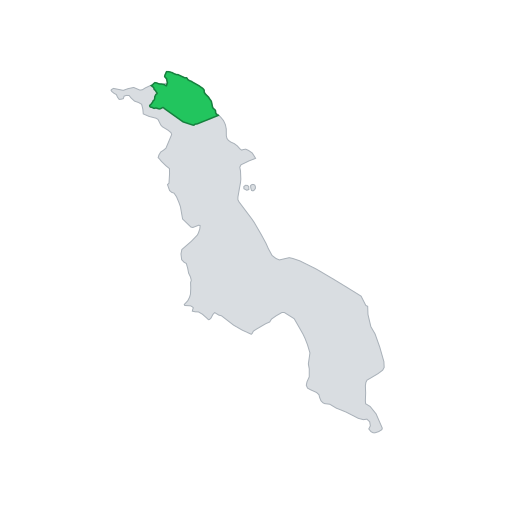 where Karonga sits in Malawi, rotated 338°
{"feature_id": "MWI-1194", "entity_name": "Karonga", "entity_type": "District", "adm_level": 1, "iso_a3": "MWI", "parent_name": "Malawi", "parent_adm1": "", "projection": "albers", "projection_center": [33.981, -10.031], "detail": "fine", "context": "in_parent", "style": "filled", "palette": "green", "viewbox_px": 512, "rotation_deg": 338, "n_neighbors": 0, "source": "natural_earth", "source_scale": "10m", "svg_char_len": 4682}
<svg xmlns="http://www.w3.org/2000/svg" viewBox="0 0 512 512"><g transform="rotate(338 256 256)"><path d="M199.4,296.9L196.5,293.0L194.2,294.0L191.0,296.7L189.2,297.4L188.3,297.4L187.8,296.7L187.0,294.9L184.5,289.9L181.7,286.3L178.8,285.0L176.3,283.3L177.4,281.7L178.5,280.6L178.0,279.4L176.7,277.7L171.4,275.2L171.3,274.1L176.0,271.9L178.9,269.4L180.9,266.9L183.4,261.5L185.4,256.1L186.9,254.3L187.4,250.8L187.1,246.7L188.1,241.6L188.6,236.8L187.0,234.9L185.7,231.6L187.2,226.0L189.7,222.2L201.4,218.2L209.5,214.6L211.3,213.0L214.0,209.9L215.6,206.9L214.5,206.0L208.1,205.9L206.5,204.8L201.8,194.2L204.4,182.0L204.6,177.3L204.5,171.4L203.6,167.1L201.6,165.3L200.4,162.9L200.7,156.6L202.6,155.9L206.6,147.5L208.5,142.5L206.3,138.6L203.8,133.0L202.7,129.4L202.1,128.2L203.8,126.0L206.6,123.9L209.7,123.3L212.9,122.3L223.3,111.8L223.4,109.8L221.5,106.3L217.6,101.1L216.8,98.9L216.3,92.6L214.8,90.7L209.1,86.5L204.7,82.0L206.1,77.4L206.8,72.5L204.6,69.7L201.4,66.9L199.4,62.8L198.5,59.7L195.9,58.5L193.6,58.4L191.9,60.4L190.1,60.2L187.8,59.6L187.1,56.9L187.0,54.0L185.4,52.1L183.9,49.4L183.7,47.9L184.7,47.5L186.6,47.2L195.0,52.7L200.0,52.9L205.7,53.9L210.5,58.7L213.0,59.3L216.2,58.7L225.3,58.2L228.9,58.8L233.6,61.7L235.5,62.0L238.4,62.1L238.9,61.4L239.2,59.7L238.7,56.4L239.4,54.6L241.1,52.6L246.1,54.9L258.5,65.4L258.9,66.7L266.7,77.1L269.3,81.5L269.3,83.9L271.7,93.0L272.2,97.2L271.7,100.4L271.8,103.0L272.7,106.8L272.4,108.3L275.2,113.8L276.6,118.3L276.8,122.8L276.0,127.1L273.5,133.5L273.1,136.0L273.7,138.4L275.3,140.9L277.9,143.6L279.9,146.9L281.3,150.8L282.4,152.5L283.9,152.5L286.5,153.1L288.6,155.3L291.1,159.1L291.9,163.5L292.2,165.3L285.2,165.2L276.3,165.8L274.2,167.6L273.5,171.3L270.7,179.1L269.2,182.0L265.9,187.2L261.3,194.6L260.3,197.0L260.5,199.4L263.2,209.5L266.0,220.0L266.9,224.1L268.9,238.1L270.0,248.0L270.2,253.8L271.1,261.6L273.6,265.8L276.2,268.4L286.2,270.0L289.1,272.0L294.8,276.9L307.0,290.7L313.7,299.4L319.6,307.1L330.2,321.4L338.4,332.6L339.3,343.0L340.7,344.5L337.9,352.2L336.0,364.6L337.2,372.9L336.6,386.9L335.0,401.9L333.1,407.3L330.7,409.3L325.0,410.8L312.4,412.7L310.5,414.4L308.8,417.3L306.3,424.2L303.2,431.1L302.3,434.1L302.9,434.8L305.5,438.4L308.2,447.4L308.6,462.9L307.7,464.1L304.0,464.8L300.0,464.5L298.3,463.7L296.8,461.9L295.8,458.6L298.4,456.3L299.3,452.3L297.7,448.8L294.3,448.0L290.0,444.8L281.0,434.4L273.4,427.1L268.9,421.1L264.4,418.6L263.1,417.2L262.0,414.6L262.0,410.9L262.4,408.2L261.0,405.2L256.4,400.4L254.3,397.8L254.2,394.7L256.2,391.7L260.1,388.0L263.1,380.6L264.1,375.7L269.7,366.1L270.5,357.6L270.6,350.9L270.3,345.9L268.9,335.5L267.9,328.4L261.1,319.0L258.8,318.1L252.3,319.0L246.7,320.3L244.0,322.3L239.8,322.4L228.8,324.0L225.4,324.7L223.4,326.4L222.3,326.8L215.4,319.5L209.3,311.7L201.6,298.5L199.4,296.9ZM279.4,194.1L277.6,194.5L276.4,193.5L276.7,190.7L277.4,188.6L279.2,188.2L280.5,188.8L281.4,189.8L281.4,191.3L280.9,192.9L279.4,194.1ZM275.3,188.8L274.3,191.7L272.1,191.6L270.0,189.1L270.7,187.1L272.7,186.5L274.4,187.3L275.3,188.8Z" fill="#d9dde1" stroke="#a8b0b8" stroke-width="1"/><path d="M242.1,51.6L243.9,52.3L245.6,53.4L246.1,54.0L246.9,54.5L248.7,56.7L249.1,56.9L250.0,57.9L251.6,58.6L256.7,64.1L258.3,64.7L258.7,65.4L258.8,66.4L259.1,67.4L259.4,67.8L260.6,69.1L260.8,69.2L261.8,70.1L261.8,70.4L267.1,77.0L267.7,78.1L269.3,80.4L270.0,82.2L270.0,82.8L269.9,83.4L269.4,84.5L269.3,85.0L269.7,86.9L271.5,90.9L272.0,93.7L272.4,94.9L272.5,95.6L272.5,96.2L271.4,102.1L271.7,103.2L272.7,105.0L272.9,106.0L272.8,106.5L272.3,107.7L272.2,108.4L272.2,108.7L272.3,109.1L272.5,109.9L272.9,110.6L273.3,111.2L273.8,111.4L274.2,111.4L274.4,111.4L274.2,111.5L251.2,111.5L250.5,111.4L249.3,111.0L248.8,111.0L248.3,111.1L247.7,111.4L247.3,111.4L246.2,110.7L238.6,104.3L226.5,85.3L225.9,84.1L225.5,83.5L225.1,83.4L223.2,83.6L222.0,83.6L221.5,83.4L220.8,83.0L219.0,81.5L218.5,81.2L218.3,81.2L217.6,81.1L217.0,81.0L216.5,80.7L216.1,80.3L215.6,79.6L215.4,79.3L215.0,79.1L214.6,78.9L214.0,78.4L213.7,78.0L213.6,77.6L213.7,76.9L213.8,76.7L214.0,76.5L215.3,76.1L217.9,74.5L218.2,74.2L218.5,73.8L218.7,73.6L219.4,73.5L219.8,73.3L220.5,72.7L220.9,72.2L221.2,71.7L221.7,70.6L221.9,70.3L222.4,69.9L223.1,69.2L223.5,68.9L223.8,68.7L224.2,68.6L225.1,68.4L225.3,68.1L225.3,67.5L225.0,66.6L224.9,66.0L224.8,65.0L224.6,64.5L224.2,63.9L224.0,63.4L224.0,63.0L224.2,62.1L224.2,61.5L224.0,61.0L223.8,60.8L222.7,58.8L224.1,58.7L225.5,57.9L227.2,57.4L228.7,58.3L230.1,59.7L231.4,60.6L232.7,61.1L234.2,62.0L235.5,63.1L236.1,64.2L236.7,64.6L237.6,63.7L237.6,63.3L238.3,62.8L238.8,62.2L239.0,61.5L239.0,60.5L239.4,58.9L239.5,58.0L238.5,55.5L239.3,54.2L240.5,53.1L241.2,52.4L242.1,51.6Z" fill="#22c55e" stroke="#15803d" stroke-width="1.5"/></g></svg>